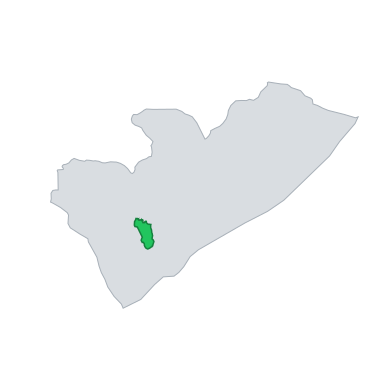 location of Fuamah, Bong, Liberia, rotated 288°
{"feature_id": "62588387B99058243343156", "entity_name": "Fuamah", "entity_type": "district", "adm_level": 2, "iso_a3": "LBR", "parent_name": "Liberia", "parent_adm1": "Bong", "projection": "orthographic", "projection_center": [-10.257, 6.963], "detail": "fine", "context": "in_parent", "style": "filled", "palette": "green", "viewbox_px": 384, "rotation_deg": 288, "n_neighbors": 0, "source": "geoboundaries", "source_scale": "gbopen_adm2", "svg_char_len": 3994}
<svg xmlns="http://www.w3.org/2000/svg" viewBox="0 0 384 384"><g transform="rotate(288 192 192)"><path d="M60.2,162.4L63.6,159.5L68.6,150.2L75.6,141.3L82.1,136.1L87.3,130.7L92.8,126.5L100.6,121.7L112.5,108.9L115.4,107.4L117.3,98.6L120.3,87.3L123.7,83.8L131.9,81.7L133.8,79.8L136.6,71.8L138.5,62.6L138.7,60.6L141.9,60.3L147.3,58.3L150.5,59.2L151.9,61.9L152.6,64.1L169.2,58.4L170.6,57.2L171.5,57.4L173.6,62.6L174.8,62.3L175.8,60.7L176.9,60.6L178.2,61.3L179.5,63.7L181.6,65.9L185.2,67.4L187.5,69.5L187.3,75.1L188.1,80.5L189.7,81.7L190.5,84.9L191.0,88.5L191.8,90.3L192.4,93.9L192.1,97.7L192.8,100.4L195.5,105.1L197.1,110.9L197.1,115.1L196.2,119.5L194.4,123.5L191.3,127.8L191.1,129.5L192.9,130.7L195.7,130.9L198.0,130.0L203.9,132.0L207.0,134.8L209.7,138.4L212.2,140.2L213.3,142.4L217.5,141.8L222.3,139.6L223.3,138.6L224.7,139.1L227.9,139.3L230.0,135.5L231.8,131.0L235.5,126.1L237.4,124.3L237.9,121.2L238.0,117.2L239.4,113.7L242.5,111.8L245.8,111.8L247.7,112.5L248.6,115.9L251.3,118.4L253.6,120.2L254.8,120.9L256.8,122.9L258.6,129.6L265.9,151.4L265.5,157.4L264.1,161.3L264.1,165.2L263.6,169.0L259.3,175.2L246.3,188.0L247.4,189.1L250.5,190.6L253.6,191.3L256.2,190.9L259.5,194.1L263.0,198.0L266.7,200.1L272.0,201.9L276.7,202.1L280.7,201.4L286.3,202.2L292.2,205.4L294.4,210.9L295.8,215.6L297.9,218.0L298.2,222.2L302.5,225.8L308.5,226.5L316.4,230.7L318.4,230.4L319.2,229.9L320.2,230.7L322.2,242.9L323.8,249.4L323.0,252.0L322.0,254.1L321.9,264.0L318.4,269.7L317.9,276.0L316.9,278.0L313.1,279.8L313.1,284.6L312.1,290.4L311.7,296.5L312.8,312.6L313.1,324.6L314.8,326.8L307.4,325.9L285.6,316.8L268.8,311.7L212.6,281.9L197.0,269.9L179.0,252.0L139.1,216.0L130.0,210.2L118.5,207.3L111.4,204.3L106.4,200.9L102.4,190.9L92.4,185.0L74.0,176.5L60.2,162.4Z" fill="#d9dde1" stroke="#a8b0b8" stroke-width="1"/><path d="M141.6,149.0L141.7,149.3L141.8,150.7L141.7,150.7L141.7,150.8L141.2,151.4L139.3,153.3L138.6,153.9L138.5,154.0L137.3,155.2L135.4,157.0L135.2,157.3L134.9,157.5L134.0,158.4L133.6,158.7L132.8,158.6L132.3,158.6L131.4,158.5L130.5,158.6L130.1,158.7L130.0,158.8L129.7,159.2L129.3,159.6L129.2,159.7L129.0,159.9L128.6,160.3L128.9,160.8L129.1,161.2L128.2,162.4L128.2,162.5L126.8,163.1L126.5,163.2L126.3,163.4L125.9,163.7L124.6,165.1L124.5,165.3L124.5,165.5L124.3,166.1L124.2,166.6L124.1,167.0L124.1,167.4L124.2,167.6L124.3,167.8L124.5,168.0L124.8,168.2L125.0,168.5L125.2,168.8L125.4,168.9L125.7,169.2L126.1,169.6L126.4,169.8L126.7,170.0L127.0,170.1L127.3,170.4L127.4,170.5L127.5,170.7L127.7,170.9L127.8,170.9L128.1,170.9L128.6,170.9L128.9,170.9L128.9,171.2L130.3,171.1L130.9,171.1L131.5,171.1L132.6,171.1L133.3,171.0L133.6,170.5L133.9,170.4L134.2,170.2L134.7,169.4L134.7,169.0L134.8,168.9L135.0,168.6L135.3,168.5L135.6,168.4L135.9,168.3L136.5,168.2L137.7,168.1L138.0,168.0L138.4,168.0L138.8,167.7L140.2,166.9L140.4,166.8L141.1,166.1L141.5,166.0L141.9,165.9L142.1,165.8L142.8,165.5L143.9,164.9L144.1,164.7L144.5,164.3L144.6,164.2L144.9,163.9L145.7,163.6L146.1,163.4L146.3,163.4L146.6,163.3L147.3,163.1L147.6,162.9L148.4,162.9L148.3,162.4L148.2,161.6L148.1,161.2L147.9,161.0L147.9,160.3L147.9,160.1L148.1,159.2L148.5,158.5L148.7,158.3L149.2,157.9L149.8,157.7L150.0,157.3L149.7,157.2L149.4,156.6L149.3,156.4L148.8,156.5L148.5,156.5L148.2,156.3L148.0,156.0L147.9,155.7L147.7,154.7L148.3,154.5L148.5,154.5L149.4,154.2L149.9,154.0L150.0,154.0L150.1,153.9L150.3,153.6L150.2,153.5L149.9,153.2L149.7,153.2L149.6,153.3L149.5,153.1L149.3,153.0L149.5,152.8L149.9,152.7L150.0,152.6L149.9,152.6L149.8,152.4L149.6,152.2L149.8,152.0L149.7,151.9L149.4,151.7L149.4,151.4L149.2,150.9L149.2,150.6L149.2,150.3L148.8,150.3L148.8,150.0L149.0,149.6L149.2,149.4L149.4,149.5L149.5,149.3L149.8,149.3L149.7,149.2L149.8,148.5L149.9,148.3L149.9,148.2L149.7,148.1L149.7,147.9L149.7,147.6L149.6,147.4L149.5,146.9L148.8,147.0L148.7,147.0L148.0,146.9L147.9,146.9L147.7,146.9L147.1,146.8L146.7,146.6L146.3,146.5L144.6,146.9L142.7,147.4L141.8,148.1L141.7,148.3L141.7,149.0L141.6,149.0Z" fill="#22c55e" stroke="#15803d" stroke-width="1.5"/></g></svg>